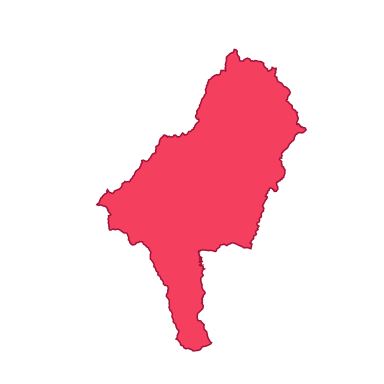 Na Noi, Nan, Thailand (Albers equal-area conic projection), rotated 111°
{"feature_id": "78962969B88234986590432", "entity_name": "Na Noi", "entity_type": "district", "adm_level": 2, "iso_a3": "THA", "parent_name": "Thailand", "parent_adm1": "Nan", "projection": "albers", "projection_center": [100.759, 18.283], "detail": "fine", "context": "isolated", "style": "filled", "palette": "rose", "viewbox_px": 384, "rotation_deg": 111, "n_neighbors": 0, "source": "geoboundaries", "source_scale": "gbopen_adm2", "svg_char_len": 6048}
<svg xmlns="http://www.w3.org/2000/svg" viewBox="0 0 384 384"><g transform="rotate(111 192 192)"><path d="M340.6,141.6L339.4,139.7L339.3,135.7L340.0,134.1L337.7,129.6L336.2,127.8L332.8,126.9L330.5,123.3L327.5,120.4L325.7,119.7L325.2,121.5L322.0,125.2L317.2,128.2L315.7,131.6L312.9,132.9L311.6,133.0L309.8,137.0L309.2,137.6L309.8,140.3L307.5,142.2L303.4,143.2L297.3,140.3L295.9,140.2L293.9,140.9L292.2,143.1L291.6,142.6L290.0,143.6L288.6,143.6L287.9,144.7L285.8,144.0L285.1,144.5L281.6,143.5L280.4,144.6L279.5,146.6L278.1,148.0L276.3,149.1L274.9,149.3L274.4,150.2L273.3,150.6L272.0,152.1L271.1,152.0L269.7,153.0L265.7,151.6L264.1,153.8L261.2,154.1L259.3,152.8L259.2,154.2L257.4,155.0L257.4,156.1L256.6,156.0L257.8,157.8L257.8,158.7L257.2,158.7L256.7,157.8L255.7,157.6L254.3,158.6L254.9,159.9L253.8,160.2L253.5,157.7L253.2,157.5L252.5,158.6L251.3,159.2L252.0,160.3L251.8,160.8L250.1,161.3L250.3,159.4L249.9,159.3L248.9,162.5L247.6,162.7L247.1,163.7L244.9,164.6L245.1,163.5L243.5,163.4L242.0,160.7L240.7,155.3L239.5,152.9L239.2,148.8L238.5,148.3L236.4,148.4L233.7,146.5L231.5,146.6L229.2,143.2L229.6,140.3L227.5,139.0L226.5,137.6L225.2,136.6L224.6,134.7L224.8,132.9L224.5,132.0L225.0,129.5L225.0,125.3L225.6,123.8L223.9,119.8L223.9,116.7L219.0,117.4L219.2,119.1L218.7,119.6L217.6,118.9L216.1,119.1L213.5,117.7L212.1,118.4L210.8,118.4L208.8,116.8L208.1,116.8L207.7,117.6L205.7,118.4L203.3,116.9L202.7,117.9L199.8,117.3L199.4,119.3L198.5,120.1L197.2,119.9L196.3,118.9L195.7,118.6L194.3,118.7L192.5,119.7L190.5,118.4L189.6,118.5L187.5,119.6L185.4,119.3L184.2,118.4L182.4,119.1L181.5,119.0L179.6,121.2L173.4,120.5L171.1,119.7L169.5,120.1L169.7,121.9L168.0,121.6L167.0,121.9L165.7,121.0L164.4,121.7L162.7,120.6L161.3,121.1L160.3,120.6L159.9,118.6L160.7,117.4L160.4,116.4L161.5,116.1L161.9,115.2L161.1,113.5L160.1,113.5L159.2,112.9L158.3,113.0L156.3,113.9L155.5,115.1L153.5,116.4L152.0,116.2L152.2,115.6L150.5,114.8L150.1,113.9L148.6,113.9L148.1,112.6L146.4,112.8L145.9,111.9L145.3,111.6L144.3,112.1L141.7,111.9L137.8,113.2L136.9,114.9L135.9,115.3L135.5,117.6L134.3,117.7L133.2,118.7L131.4,119.2L130.3,122.0L128.8,122.0L128.2,120.5L127.7,121.0L125.8,120.9L124.5,122.0L123.3,122.2L122.2,121.4L121.1,121.4L120.1,120.5L119.1,120.4L117.9,119.3L116.2,118.6L112.0,118.2L109.6,116.9L108.4,116.7L107.5,115.7L105.8,115.6L104.3,116.0L101.0,115.6L100.3,114.7L99.3,114.5L98.3,113.6L97.4,110.6L96.5,109.3L93.1,107.7L91.6,109.4L92.1,111.1L91.8,112.1L92.1,113.2L91.7,113.7L92.0,114.4L91.4,114.7L90.3,116.5L90.3,117.5L91.3,117.8L91.3,118.4L89.7,119.2L86.3,119.0L84.7,119.4L84.3,120.3L83.3,120.6L81.7,122.2L79.9,122.1L80.0,123.4L78.7,124.7L78.7,126.7L77.9,128.3L75.4,129.5L74.4,133.0L73.5,134.0L73.1,136.7L72.3,136.9L71.4,136.1L68.5,136.8L65.6,135.8L63.7,136.0L61.7,138.2L60.4,141.4L60.5,144.2L58.3,147.3L58.1,151.2L56.0,153.4L54.5,153.8L54.3,156.1L52.0,156.9L50.4,156.6L49.1,157.4L47.3,157.4L46.3,157.9L47.3,159.3L46.9,161.8L49.2,161.6L50.3,162.8L51.9,163.8L51.9,164.4L50.1,165.8L49.7,168.0L48.0,170.6L46.1,171.2L45.5,173.8L45.8,175.7L46.4,176.5L46.3,178.5L46.7,180.4L48.0,181.0L47.8,182.4L48.6,184.2L47.2,185.6L47.2,188.3L49.8,190.8L51.5,191.1L52.4,194.1L51.4,195.2L49.3,195.9L48.0,198.4L46.1,199.9L44.4,200.1L43.4,202.0L43.8,203.7L46.6,203.4L48.9,205.9L53.8,208.2L57.3,206.9L61.3,206.5L62.1,205.7L64.6,205.4L65.7,204.3L67.1,204.0L66.7,205.2L67.8,207.2L68.0,208.4L72.1,208.0L73.3,209.3L73.6,210.9L75.4,212.9L76.9,213.5L77.3,214.2L80.0,215.1L81.5,216.7L82.9,216.2L84.1,216.6L84.7,216.0L87.6,216.5L89.1,216.0L91.8,216.1L92.5,215.3L93.6,215.1L94.0,214.4L94.9,214.3L97.2,215.1L99.5,215.0L101.6,216.0L106.8,215.6L108.4,216.1L109.7,215.3L114.9,216.6L116.9,215.4L119.3,215.9L120.8,215.5L122.2,213.1L121.5,212.0L122.5,211.2L123.8,211.0L126.9,212.6L128.8,213.0L130.9,212.8L131.7,213.5L132.8,213.0L133.9,214.3L134.8,214.4L136.0,215.1L136.6,216.6L139.9,217.2L141.6,219.5L140.6,220.5L140.3,222.0L144.4,223.0L145.4,224.6L146.0,224.9L144.7,227.7L145.3,228.1L145.3,229.0L145.8,229.4L146.9,229.3L147.8,230.2L148.3,232.2L148.1,233.2L149.5,234.7L148.9,235.0L148.7,235.7L149.1,236.4L148.6,237.0L148.7,238.2L149.2,238.8L149.5,238.6L153.6,240.6L156.4,240.6L156.8,240.2L157.9,240.3L158.9,239.8L161.0,240.6L161.7,241.5L162.8,241.9L164.8,240.9L166.5,240.9L167.3,240.2L168.5,240.0L170.0,241.9L171.2,242.6L175.7,243.2L176.4,243.8L177.4,243.8L178.8,244.5L179.9,245.6L179.7,248.8L180.6,250.1L181.4,250.0L182.2,249.0L184.3,249.6L185.4,249.1L187.5,249.6L188.7,249.4L192.5,251.8L194.2,252.1L197.2,252.0L198.3,252.7L200.5,252.8L202.2,253.7L204.8,253.9L205.1,255.4L206.2,257.0L206.2,258.5L207.3,258.7L209.3,260.2L211.4,259.5L212.8,259.8L215.2,260.8L218.9,264.8L219.9,264.7L221.8,265.5L221.9,269.0L220.1,271.8L221.9,271.9L222.6,271.1L224.2,271.6L225.1,272.7L228.1,274.1L228.9,274.0L230.4,274.9L235.8,275.0L236.8,276.0L238.0,276.3L237.9,274.1L236.5,272.4L236.9,270.5L236.5,268.0L237.2,265.8L238.3,264.9L238.4,264.2L239.2,264.1L240.5,262.7L241.9,259.8L242.5,259.6L244.2,261.5L245.4,260.6L247.3,260.7L248.7,259.6L251.1,259.0L252.6,257.5L253.7,257.5L254.5,256.5L255.6,256.5L257.0,255.2L256.3,253.8L254.8,252.6L254.8,250.1L253.8,249.3L253.1,246.5L254.6,240.8L253.9,239.1L254.0,237.8L257.3,234.7L259.5,234.2L259.7,233.2L261.7,231.7L261.6,230.8L262.4,230.4L262.7,229.0L262.7,228.3L261.3,226.3L260.7,225.9L259.3,225.8L258.3,223.7L257.2,223.3L256.4,221.0L256.3,220.6L258.1,218.3L258.5,216.1L259.4,214.9L259.5,212.8L260.5,212.2L263.1,208.6L265.0,208.6L269.5,206.8L270.1,205.3L271.9,202.8L273.4,201.3L275.4,200.9L275.9,199.3L278.8,196.8L279.1,194.9L281.4,194.3L281.9,193.6L282.1,191.7L284.5,189.7L285.1,187.9L286.4,186.4L288.0,185.8L288.9,183.9L288.3,182.1L289.1,180.4L290.3,179.9L291.2,179.1L292.1,179.5L294.9,178.5L296.5,179.1L298.6,178.6L300.3,175.6L301.6,174.2L304.5,173.3L306.1,172.3L307.8,172.2L310.5,170.0L310.7,168.9L312.4,166.8L315.7,166.0L317.8,163.7L320.1,162.9L321.4,159.8L324.2,158.0L325.5,156.4L326.3,154.5L328.9,154.2L331.1,154.4L333.0,153.6L335.0,154.2L335.0,152.4L336.5,149.8L337.7,148.4L338.9,147.8L339.0,144.8L340.3,143.7L340.6,141.6Z" fill="#f43f5e" stroke="#9f1239" stroke-width="1.5"/></g></svg>